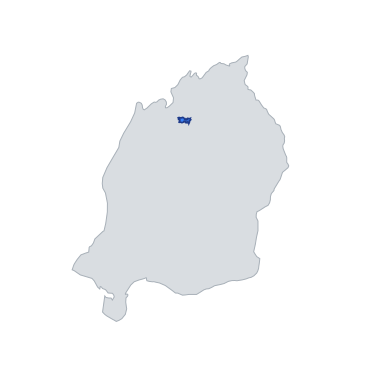 Tismana, Gorj, Romania shown in context, rotated 110°
{"feature_id": "2599482B13244509072735", "entity_name": "Tismana", "entity_type": "district", "adm_level": 2, "iso_a3": "ROU", "parent_name": "Romania", "parent_adm1": "Gorj", "projection": "robinson", "projection_center": [22.909, 45.124], "detail": "fine", "context": "in_parent", "style": "filled", "palette": "blue", "viewbox_px": 384, "rotation_deg": 110, "n_neighbors": 0, "source": "geoboundaries", "source_scale": "gbopen_adm2", "svg_char_len": 6036}
<svg xmlns="http://www.w3.org/2000/svg" viewBox="0 0 384 384"><g transform="rotate(110 192 192)"><path d="M292.7,211.6L296.1,215.6L300.3,217.7L310.0,219.9L310.9,219.6L310.9,219.2L310.2,218.6L310.1,217.9L310.6,217.0L311.9,216.9L314.1,217.8L318.2,216.6L324.2,213.4L329.8,212.8L335.0,214.6L337.7,216.8L339.5,218.9L339.0,221.5L338.8,223.1L337.6,229.7L336.8,232.2L335.4,235.0L319.5,238.4L320.5,236.8L320.1,234.0L319.3,231.8L320.8,229.9L317.2,229.2L315.6,230.3L314.4,232.1L315.6,236.3L314.0,238.7L313.3,240.0L313.3,243.1L312.3,244.5L312.2,245.9L314.7,245.5L313.6,248.2L309.0,253.4L307.4,256.4L308.1,268.6L306.2,275.9L306.1,278.0L301.0,278.1L299.4,277.9L294.6,276.8L289.1,274.9L285.9,271.2L283.8,268.5L279.2,269.7L278.3,269.4L277.0,268.1L273.6,267.2L269.3,267.2L259.6,262.3L258.6,261.4L251.1,262.3L239.8,264.7L231.3,267.7L222.5,273.0L218.9,277.1L214.8,279.2L208.9,280.8L198.2,280.2L187.1,278.2L175.2,276.0L168.8,277.2L160.1,276.3L147.0,273.7L137.3,272.9L127.6,274.4L126.0,273.3L125.7,271.9L126.0,270.0L127.4,268.5L129.7,267.3L131.0,266.1L131.1,264.9L128.5,263.0L123.1,260.4L120.9,258.7L120.4,258.3L120.2,256.8L119.1,255.6L117.1,254.8L115.5,253.2L114.3,251.0L114.6,248.9L116.2,246.9L118.3,246.0L120.8,246.3L121.9,245.7L121.4,244.3L119.0,242.6L114.4,240.4L109.8,241.6L105.1,246.1L101.8,246.8L99.7,243.8L96.0,242.0L90.7,241.4L87.5,240.2L86.3,238.5L84.0,237.1L78.9,235.7L78.8,234.3L79.6,234.0L81.4,233.9L83.9,233.6L84.3,232.8L84.3,232.1L82.4,231.2L80.5,230.6L79.4,230.0L78.8,229.3L78.7,228.6L79.3,228.1L80.0,228.1L80.8,227.7L81.3,226.0L82.3,224.7L83.1,224.2L83.0,223.2L82.2,222.3L81.2,221.5L79.6,221.0L74.8,219.6L72.4,217.7L70.9,217.6L68.5,216.5L66.0,214.9L63.8,212.5L61.4,210.9L60.8,210.3L60.7,209.7L61.2,209.0L61.2,208.3L60.6,205.9L61.0,203.4L60.9,201.1L60.9,200.0L60.5,199.7L60.1,200.1L59.5,200.5L58.9,200.6L57.1,198.9L55.0,195.4L53.5,194.3L50.5,192.7L48.1,191.3L46.3,188.4L44.5,186.2L45.8,185.3L52.8,184.0L56.1,185.3L57.6,184.8L59.0,183.7L59.8,182.9L60.0,182.0L60.7,180.9L63.1,180.4L69.4,181.1L71.9,179.5L72.9,178.7L73.4,176.8L74.1,175.3L76.4,174.5L76.3,173.1L76.0,171.7L77.4,168.3L78.2,167.0L79.4,166.5L81.0,165.4L83.7,163.3L83.1,161.4L83.6,160.0L86.4,156.5L88.5,153.3L88.5,151.6L88.8,150.2L90.7,148.6L92.7,146.5L95.3,140.1L96.2,139.0L97.9,137.8L99.2,136.6L99.4,132.4L100.5,131.2L102.8,129.8L105.1,127.6L106.9,125.0L108.3,123.8L110.2,123.5L112.2,122.5L114.5,122.1L116.7,122.6L118.1,122.3L120.2,121.1L125.6,116.3L126.3,115.4L127.4,114.7L131.8,113.1L132.9,111.4L134.4,110.0L136.3,110.1L142.6,113.7L149.4,113.5L150.6,113.6L151.0,113.7L151.9,114.0L160.9,115.8L162.3,115.6L162.6,115.5L166.3,116.9L169.5,116.7L172.5,115.7L175.7,115.4L178.6,116.0L180.8,118.1L186.6,122.5L188.3,124.2L190.9,124.0L193.8,123.1L196.7,120.1L205.7,116.8L212.6,115.9L219.4,114.6L227.1,113.6L229.3,110.8L230.6,109.0L231.4,105.5L235.5,104.5L239.5,103.7L240.9,103.3L243.8,103.2L246.1,103.5L249.6,105.2L252.1,107.4L253.1,109.1L255.2,111.5L257.5,114.9L260.0,119.4L260.6,121.7L261.6,124.2L263.5,127.2L267.0,130.5L267.5,131.2L269.1,133.5L272.3,138.7L274.8,140.8L277.1,143.1L278.2,145.4L279.9,147.4L283.6,150.2L286.7,152.7L289.3,159.9L291.1,163.2L292.2,165.7L291.9,170.8L292.6,173.0L291.3,177.0L289.0,185.1L288.6,191.5L289.1,194.9L289.3,197.1L289.9,198.5L290.6,201.5L290.8,204.0L289.9,204.7L288.7,205.3L288.2,205.8L289.4,207.0L291.0,209.1L292.7,211.6Z" fill="#d9dde1" stroke="#a8b0b8" stroke-width="1"/><path d="M127.0,230.4L127.1,230.2L127.3,230.1L127.5,229.8L127.7,229.7L127.8,229.7L128.1,229.7L128.3,229.6L128.6,229.4L128.5,229.2L128.4,228.9L128.3,228.5L128.3,228.4L128.3,228.2L128.5,228.0L128.8,228.0L128.9,227.9L129.2,227.9L129.3,227.8L129.5,227.8L129.6,227.7L129.8,227.6L130.0,227.6L130.0,228.0L130.3,228.1L130.5,228.1L130.7,227.9L130.8,227.9L130.7,227.7L130.8,227.7L130.8,227.4L130.5,227.3L130.2,227.2L130.3,227.1L130.3,226.9L130.3,226.6L130.4,226.4L130.4,226.2L130.4,225.9L130.3,225.5L130.2,225.5L130.2,225.4L130.2,225.2L130.3,225.1L130.1,224.8L130.0,224.7L129.9,224.6L129.7,224.4L129.4,224.2L129.5,224.1L129.3,223.9L129.1,223.8L128.8,223.8L128.7,223.9L128.4,223.9L128.3,223.7L128.2,223.4L128.1,223.2L128.2,222.9L128.4,222.7L128.5,222.6L128.5,222.4L128.7,222.2L129.0,222.0L129.1,221.9L129.0,221.7L128.9,221.7L128.7,221.7L128.8,221.6L128.7,221.5L128.7,221.4L128.8,221.3L128.8,221.2L128.7,221.3L128.7,221.2L128.6,221.3L128.6,221.2L128.5,221.3L128.5,221.2L128.4,221.1L128.2,221.0L128.0,220.9L127.9,220.8L127.9,220.7L127.7,220.6L127.6,220.4L127.7,220.2L127.8,220.2L127.7,219.9L127.7,219.7L127.8,219.6L128.0,219.4L128.2,219.2L128.3,219.0L128.4,218.9L128.4,218.7L128.5,218.6L128.8,218.4L128.7,218.4L128.4,218.4L128.2,218.2L127.9,218.2L127.7,218.3L127.6,218.2L127.4,218.2L127.3,218.3L127.2,218.3L126.9,218.4L126.8,218.5L126.6,218.6L126.4,218.6L126.5,218.7L126.4,218.7L126.2,218.8L125.9,218.9L125.7,218.3L125.3,218.3L125.3,218.2L125.2,218.2L124.9,218.0L124.7,217.9L124.7,218.0L124.6,218.3L124.4,218.4L124.2,218.5L123.9,218.5L123.7,218.6L123.5,218.8L123.3,218.8L123.5,219.0L123.8,219.3L123.9,219.5L123.9,219.8L124.0,220.2L124.1,220.3L124.2,220.5L124.3,220.6L124.2,220.7L124.2,220.8L124.1,221.0L124.2,221.3L124.4,221.2L124.5,221.1L125.0,220.9L125.6,221.0L125.7,221.4L125.7,221.5L125.8,221.7L125.8,221.8L125.7,221.9L125.5,222.0L125.4,222.0L125.2,222.0L125.1,222.3L125.1,222.2L125.2,222.3L125.3,222.2L125.3,222.3L125.4,222.2L125.5,222.0L125.7,221.9L125.8,221.9L125.9,222.0L125.9,221.9L126.0,221.9L126.2,222.0L126.0,222.5L126.2,222.8L126.3,222.8L126.3,223.0L126.3,223.3L126.3,223.5L126.4,223.8L126.0,224.0L125.9,224.0L125.7,224.2L125.6,224.3L125.5,224.5L125.4,224.6L125.3,224.8L125.3,225.0L125.2,225.0L125.1,225.3L125.1,225.5L125.0,225.8L124.9,226.1L125.0,226.3L125.1,226.5L125.3,226.6L125.5,226.8L125.7,226.7L125.8,226.8L125.9,227.0L126.0,227.3L125.9,227.3L125.8,227.5L126.1,227.8L126.3,228.1L126.3,228.3L126.2,228.5L126.3,228.7L126.3,228.8L126.4,229.0L126.6,229.1L126.8,229.1L126.9,229.3L127.0,229.2L127.0,229.3L126.9,229.4L126.8,229.5L126.8,229.8L126.7,229.8L126.7,230.0L127.0,230.2L127.0,230.3L126.9,230.3L127.0,230.4Z" fill="#3b82f6" stroke="#1e3a8a" stroke-width="1.5"/></g></svg>